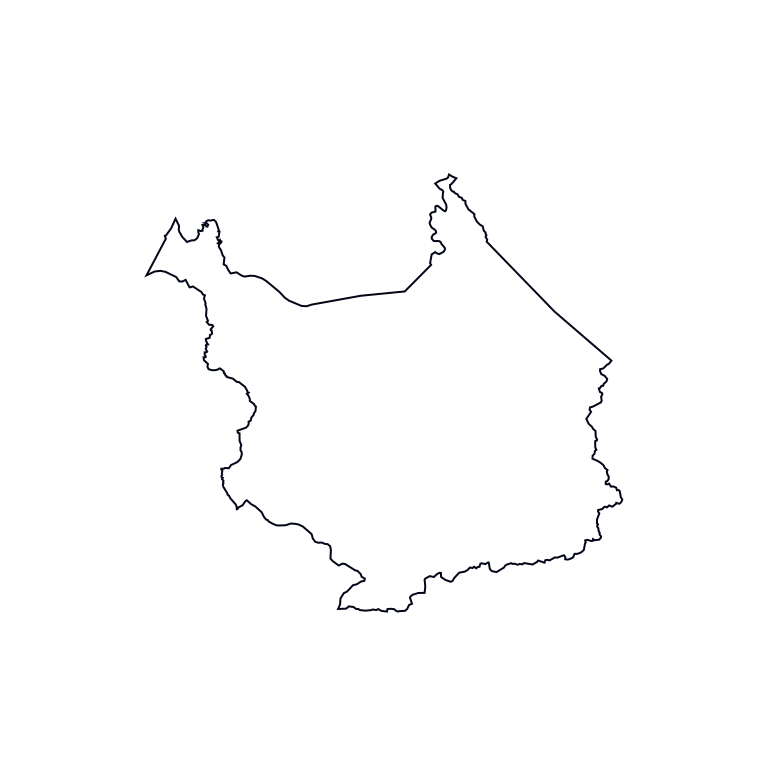 Thma Bang, Kaôh Kong, Cambodia, rotated 126°
{"feature_id": "14789045B69195148792463", "entity_name": "Thma Bang", "entity_type": "district", "adm_level": 2, "iso_a3": "KHM", "parent_name": "Cambodia", "parent_adm1": "Kaôh Kong", "projection": "robinson", "projection_center": [103.537, 11.691], "detail": "fine", "context": "isolated", "style": "outline", "palette": "ink", "viewbox_px": 768, "rotation_deg": 126, "n_neighbors": 0, "source": "geoboundaries", "source_scale": "gbopen_adm2", "svg_char_len": 6166}
<svg xmlns="http://www.w3.org/2000/svg" viewBox="0 0 768 768"><g transform="rotate(126 384 384)"><path d="M593.0,288.9L587.9,282.5L584.6,281.8L582.3,277.5L582.4,274.4L581.2,272.8L581.0,270.5L578.3,265.8L574.1,261.1L573.0,260.6L571.5,257.4L569.5,256.4L569.1,252.8L566.3,247.8L564.1,248.9L562.1,246.7L560.2,243.4L560.4,240.8L559.8,238.8L558.9,238.3L555.3,233.8L552.6,233.0L548.1,233.8L545.3,232.2L541.7,237.3L540.6,237.7L537.9,237.1L533.0,233.5L529.1,228.4L523.5,231.6L518.5,236.1L517.0,236.2L512.6,234.1L510.8,230.2L506.4,229.3L504.1,228.1L503.4,227.0L506.6,224.3L506.4,219.1L504.8,213.8L502.8,212.7L500.2,213.2L492.5,212.3L488.2,208.3L485.5,207.1L482.0,206.6L480.8,204.2L478.9,203.7L478.9,201.1L476.7,200.5L475.8,199.3L473.1,200.3L471.8,199.9L470.1,196.1L467.3,195.0L466.9,194.3L471.4,189.7L472.0,186.8L470.0,182.4L461.8,179.0L460.0,179.3L457.9,178.5L454.2,175.8L454.1,174.5L452.5,172.4L451.8,169.9L449.7,168.3L448.6,166.1L446.5,165.4L442.7,157.7L438.0,155.6L436.2,155.5L434.2,149.1L431.7,149.9L430.2,148.5L429.4,146.4L423.8,143.8L422.7,141.8L416.8,137.8L417.3,135.7L419.3,134.4L418.0,132.1L416.2,130.7L413.1,129.1L409.4,130.0L407.8,127.7L404.3,125.5L400.8,124.8L394.7,127.7L393.5,127.7L392.3,129.3L390.6,128.0L389.2,124.1L388.1,122.9L386.6,123.7L386.4,121.5L383.4,118.4L380.8,118.2L379.7,118.8L379.1,121.1L377.7,121.9L377.0,123.7L374.8,125.7L373.9,127.9L371.7,128.5L371.7,129.7L368.5,132.0L362.1,133.8L361.4,135.8L360.2,136.7L356.6,133.8L354.5,133.8L353.2,132.8L352.8,131.1L349.9,130.5L349.1,127.2L344.4,125.8L343.6,126.2L342.8,123.6L342.0,122.9L339.6,122.7L337.4,123.3L336.2,126.1L332.1,130.3L331.9,131.8L333.0,133.1L331.4,135.2L332.1,138.3L333.6,140.0L332.3,143.4L334.2,144.6L334.6,145.9L332.6,147.2L331.2,146.3L329.0,146.3L326.8,147.8L325.8,150.2L323.8,152.3L322.3,152.5L322.1,155.9L320.7,158.7L320.4,162.4L320.7,166.1L321.9,171.4L319.3,173.1L316.7,172.7L314.1,174.0L312.4,173.5L311.4,175.5L307.9,178.3L305.8,179.6L304.8,178.6L303.7,178.9L302.3,181.6L297.7,185.3L297.4,188.5L296.4,190.7L295.9,195.0L293.3,199.8L284.8,200.1L284.1,202.5L281.8,203.6L279.5,201.7L271.4,197.7L269.5,198.1L266.8,200.8L264.1,201.3L263.2,202.1L263.5,204.6L261.4,207.6L260.3,206.9L257.6,206.9L256.6,205.6L254.8,206.3L251.1,205.5L248.7,206.4L247.7,210.4L248.3,214.0L246.5,216.9L245.0,217.9L242.7,215.8L237.1,214.8L235.5,213.9L231.4,213.7L225.2,288.5L208.5,384.6L206.5,385.4L205.3,388.3L203.5,388.5L203.2,389.6L201.9,390.7L201.3,393.3L198.4,397.0L198.7,400.2L198.0,404.2L195.6,409.2L193.4,410.8L193.1,418.3L190.5,423.8L188.1,425.8L188.8,428.4L187.7,430.6L188.5,433.4L187.3,435.9L187.9,438.9L187.3,440.5L187.9,441.4L187.7,443.8L186.1,446.2L184.1,447.6L182.8,447.0L175.0,446.4L176.0,450.4L176.3,454.5L179.3,453.6L181.0,454.0L186.9,458.5L191.7,460.4L193.3,453.8L192.9,450.6L193.4,449.3L198.9,446.1L202.4,439.1L204.6,437.0L207.2,435.9L208.3,436.1L208.7,437.8L208.3,444.6L209.1,446.4L210.3,446.7L214.2,443.7L217.5,446.3L219.8,446.4L221.4,443.8L222.9,442.7L226.6,442.0L227.9,440.6L229.4,437.5L229.3,432.9L230.5,431.0L231.7,430.8L234.5,432.1L237.1,431.7L238.3,430.9L239.1,427.8L236.0,423.4L235.8,421.9L236.9,419.8L238.0,415.2L238.6,414.2L240.1,413.6L242.1,413.5L246.4,415.6L247.2,417.9L247.2,420.1L251.2,421.6L259.2,417.7L259.9,415.9L296.9,421.6L326.4,454.8L362.2,489.1L366.5,492.2L369.3,496.6L372.4,509.7L372.5,514.9L371.0,522.7L370.6,528.8L369.9,539.6L370.2,544.7L372.5,551.9L374.8,555.6L379.1,560.0L380.0,563.0L380.3,568.9L384.7,573.1L383.0,577.7L381.1,581.0L381.5,584.0L375.5,587.4L374.7,590.2L371.7,594.3L370.1,598.3L368.0,599.3L367.8,601.2L366.2,600.7L366.7,600.2L366.3,599.0L364.4,599.1L364.2,599.4L365.1,600.1L363.9,601.5L364.9,601.8L365.2,602.6L363.6,605.5L362.1,604.3L357.4,606.7L357.9,607.8L356.7,608.0L352.5,613.8L351.4,615.9L351.3,618.3L353.8,620.4L354.8,622.4L357.0,623.5L358.1,623.0L358.9,623.6L358.2,621.8L358.5,619.8L360.5,619.4L360.9,620.1L360.5,622.3L362.1,624.3L363.5,622.1L365.7,621.7L366.6,620.9L367.9,621.9L368.7,624.6L370.3,623.5L371.5,621.8L375.4,620.9L377.6,621.2L379.4,622.1L381.0,624.2L384.9,626.9L383.6,633.6L381.1,639.2L379.9,640.6L376.5,642.8L372.8,649.8L383.1,647.7L391.9,647.7L392.9,648.4L394.7,645.9L435.7,640.0L427.7,635.6L423.9,631.4L421.7,626.7L419.6,615.0L421.3,610.0L419.8,607.5L416.4,605.7L420.0,598.4L419.9,597.7L417.4,596.0L416.9,585.8L418.0,583.1L417.5,581.0L420.6,580.0L423.5,575.8L424.4,575.6L427.6,571.7L433.4,568.1L436.3,563.6L438.0,563.9L438.9,560.4L437.2,557.7L437.8,556.0L441.6,556.4L442.3,555.6L442.1,554.8L444.0,552.9L445.0,552.7L446.7,553.6L449.1,552.2L452.3,554.6L454.2,552.6L455.4,549.7L456.3,550.8L457.6,550.8L458.2,549.4L460.4,548.8L461.8,546.1L462.9,546.4L463.8,547.7L465.6,546.4L466.5,544.4L467.1,544.1L468.5,545.7L470.6,543.6L471.2,538.3L473.9,536.9L475.1,534.6L473.9,531.2L472.2,528.9L470.0,526.9L468.1,526.3L467.8,525.3L467.9,521.2L469.3,519.8L469.1,518.7L470.3,517.3L470.1,516.1L470.7,515.3L468.5,509.4L468.8,504.3L467.7,502.4L468.0,494.7L470.0,490.5L470.8,489.8L470.6,488.5L472.6,489.1L472.9,487.3L474.8,483.9L476.6,482.6L476.6,477.2L477.5,475.9L477.5,474.4L481.3,472.1L484.4,472.0L485.7,471.3L489.2,471.6L491.9,470.3L494.1,471.4L496.1,469.8L498.2,469.6L500.5,470.0L507.9,475.1L509.3,473.6L508.8,471.9L514.9,467.4L517.4,463.4L519.0,463.1L521.9,461.2L522.7,459.3L524.4,457.7L529.1,456.1L533.5,456.8L539.5,460.1L543.3,460.0L545.4,463.3L546.7,463.8L548.1,465.8L548.7,465.6L549.3,463.7L551.9,462.5L552.6,461.5L554.3,461.3L555.0,460.1L554.7,459.3L556.1,459.2L556.6,457.0L557.9,456.6L558.5,455.6L559.9,455.5L561.7,453.4L564.4,446.7L565.5,445.5L565.5,443.7L566.8,441.1L568.6,433.2L569.9,431.1L571.8,429.5L571.2,429.0L569.2,429.1L565.1,427.1L560.7,427.3L558.7,426.7L559.3,420.7L558.7,416.2L559.7,407.4L562.0,403.2L563.0,399.7L562.4,398.2L563.0,396.8L562.5,392.0L561.7,388.4L560.3,385.9L556.1,380.6L551.5,377.2L549.1,373.2L547.9,370.5L547.0,366.0L548.0,354.3L550.9,350.7L552.1,346.8L550.9,343.6L548.8,341.1L548.1,337.9L546.7,335.5L546.9,332.2L549.6,329.3L556.7,324.7L557.4,321.4L557.5,314.0L553.7,312.0L552.5,309.6L551.7,297.7L550.8,295.6L551.4,291.4L553.1,288.7L552.7,285.1L554.7,284.2L557.5,286.6L561.9,288.2L565.0,290.8L573.6,291.9L576.9,293.6L583.2,293.1L588.1,290.0L593.0,288.9Z" fill="none" stroke="#020617" stroke-width="2"/></g></svg>